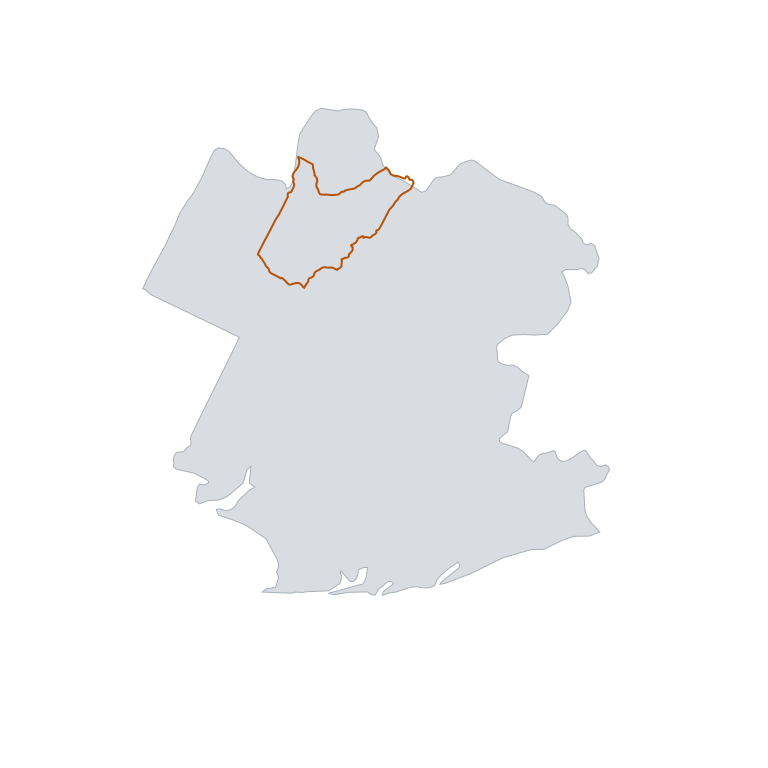 Ivindo, Ogooué-Ivindo, Gabon shown in context, rotated 296°
{"feature_id": "22940354B21315660080276", "entity_name": "Ivindo", "entity_type": "district", "adm_level": 2, "iso_a3": "GAB", "parent_name": "Gabon", "parent_adm1": "Ogooué-Ivindo", "projection": "mercator", "projection_center": [13.138, 0.623], "detail": "fine", "context": "in_parent", "style": "outline", "palette": "amber", "viewbox_px": 768, "rotation_deg": 296, "n_neighbors": 0, "source": "geoboundaries", "source_scale": "gbopen_adm2", "svg_char_len": 7992}
<svg xmlns="http://www.w3.org/2000/svg" viewBox="0 0 768 768"><g transform="rotate(296 384 384)"><path d="M525.5,136.9L525.1,142.7L518.6,157.0L515.4,168.0L514.7,179.7L516.5,189.1L519.7,195.8L521.7,203.1L520.1,208.2L516.9,210.4L519.1,212.9L523.9,213.5L532.1,211.3L544.7,207.4L561.1,201.8L571.9,198.7L589.8,200.6L599.4,202.8L604.2,206.7L609.5,223.5L612.1,226.1L616.5,233.2L620.1,241.8L620.8,246.1L620.4,249.3L616.8,253.9L612.7,260.7L611.3,264.8L607.9,267.9L603.5,270.9L591.6,272.1L589.8,273.9L586.4,281.2L580.1,287.3L577.2,293.1L574.7,300.9L575.2,310.5L574.0,324.3L572.7,333.7L575.8,336.9L590.1,339.2L592.9,341.1L596.6,346.9L601.5,352.3L614.6,355.7L619.6,359.9L623.7,364.5L624.3,368.2L621.3,383.2L618.5,397.6L619.6,408.6L620.7,419.1L622.2,434.3L621.5,443.6L617.8,449.3L617.8,453.8L619.5,459.2L616.2,474.0L614.1,476.5L608.3,479.3L605.2,483.3L604.2,489.5L601.1,498.1L597.9,501.3L597.9,505.3L601.0,508.2L600.9,512.6L595.1,518.0L591.6,522.0L583.8,524.0L574.9,521.9L572.8,518.9L575.0,514.3L574.2,510.6L571.1,506.8L566.4,496.8L562.2,494.7L559.8,498.8L552.6,506.4L539.8,516.1L530.9,516.9L514.3,513.9L500.5,509.2L493.9,497.8L489.9,488.4L484.0,477.5L477.3,472.3L470.2,469.0L467.1,468.8L456.9,474.8L453.9,477.2L453.9,482.4L454.9,487.1L456.4,489.4L457.8,492.5L457.5,497.2L455.7,503.6L455.1,510.6L423.3,517.5L417.8,515.0L413.8,511.9L409.0,512.4L395.2,516.0L390.2,513.5L385.1,511.7L382.8,513.2L382.6,516.2L385.0,532.7L384.2,539.0L381.1,547.2L379.5,552.8L387.9,554.4L391.0,557.0L393.9,561.1L398.0,565.0L398.3,567.4L393.7,571.7L392.1,577.0L394.3,581.2L400.0,585.5L408.4,590.0L412.5,593.0L412.1,595.7L408.2,601.4L406.7,606.3L404.1,610.7L404.6,614.8L408.4,618.5L408.0,621.9L405.4,624.5L400.2,623.9L395.8,624.3L391.8,623.2L379.4,610.2L376.7,609.8L358.7,619.8L354.3,624.0L350.6,629.9L345.6,642.8L337.4,635.3L330.4,621.6L322.2,613.2L304.9,599.6L300.3,589.6L280.5,567.5L252.1,545.5L231.6,526.3L228.5,522.1L231.9,522.6L251.8,532.1L254.5,531.1L256.7,528.9L248.2,523.9L240.0,520.0L232.3,517.5L224.7,517.8L220.4,513.7L217.6,507.6L216.2,502.3L212.8,496.8L201.9,485.5L199.2,481.1L193.3,475.1L196.9,474.3L208.6,480.0L209.6,477.7L208.6,474.4L196.9,469.0L190.5,468.6L189.0,464.8L189.9,460.4L181.5,443.9L172.8,431.5L171.4,425.7L194.9,452.5L198.1,453.0L202.2,452.7L211.9,449.7L210.1,446.1L205.7,442.3L201.4,444.1L195.9,444.4L193.0,442.8L191.7,440.0L197.2,427.0L194.9,427.6L193.1,430.0L190.1,431.1L185.4,431.8L173.8,424.8L163.6,405.9L160.9,402.0L158.1,395.5L155.5,392.8L143.7,365.9L148.2,367.9L153.6,375.7L164.0,374.1L168.0,369.6L171.6,369.7L175.2,368.7L179.8,364.5L193.1,346.0L196.6,321.6L195.5,307.1L193.5,292.8L197.9,288.2L199.7,291.2L200.5,296.3L202.6,300.1L207.4,303.5L216.2,304.4L229.8,309.7L234.7,313.1L236.0,306.3L251.7,300.6L247.0,298.5L233.0,300.8L213.9,292.2L207.5,286.7L201.6,276.3L195.4,270.8L195.9,266.0L209.6,261.5L213.2,262.0L214.7,267.3L218.4,269.5L219.8,268.8L220.4,264.2L220.5,251.9L216.3,234.3L217.6,230.9L221.3,229.7L224.7,227.4L227.0,226.9L231.7,227.4L234.0,231.4L235.3,233.7L240.0,234.7L243.8,236.9L247.2,236.3L249.9,233.8L254.0,233.3L266.5,233.3L277.8,233.3L300.4,233.4L323.0,233.5L345.6,233.6L362.7,233.6L362.6,223.5L362.5,208.0L362.4,189.6L362.3,172.0L362.2,155.7L362.1,136.4L363.0,130.9L364.2,128.6L363.8,125.4L381.3,125.2L412.9,126.6L426.8,126.4L430.7,126.7L448.0,125.7L462.0,127.0L468.0,128.3L473.3,129.0L490.1,129.8L512.0,128.8L519.5,129.0L523.6,131.7L525.5,136.9Z" fill="#d9dde1" stroke="#a8b0b8" stroke-width="1"/><path d="M447.4,213.6L447.1,213.6L445.9,213.8L445.0,214.0L444.9,214.7L444.7,215.7L444.3,216.7L443.4,217.6L443.1,218.1L443.1,218.8L443.0,219.4L442.3,220.2L441.7,221.0L441.3,221.9L440.7,222.9L440.2,223.8L439.7,224.5L439.2,225.0L438.5,225.7L438.0,226.7L437.8,227.6L437.2,229.2L436.5,230.3L435.6,231.0L435.0,231.7L434.3,232.8L434.1,233.7L434.0,237.2L434.0,239.6L433.9,241.0L433.8,242.5L433.7,244.7L434.2,245.1L434.6,245.5L434.5,246.3L434.3,247.3L433.9,248.3L433.4,249.9L433.0,251.0L432.4,252.3L432.0,253.7L431.8,255.1L432.1,256.0L432.8,257.1L433.6,257.7L434.9,259.1L435.9,260.3L436.7,261.6L437.4,263.2L437.4,264.5L437.1,265.7L436.8,266.6L436.3,267.6L435.7,268.7L435.5,270.1L437.8,270.2L439.6,270.3L440.6,270.7L442.5,270.9L443.2,270.9L444.3,270.4L444.9,270.3L446.0,270.4L447.0,271.1L447.7,271.9L448.8,272.7L450.1,273.3L451.3,273.3L452.0,273.1L453.0,272.9L454.1,273.0L455.5,273.6L456.8,274.5L457.7,275.4L458.8,276.1L459.9,276.5L460.9,277.2L461.6,277.7L462.5,278.7L463.1,279.8L463.4,280.8L464.1,282.7L464.8,284.2L465.6,285.5L465.8,286.3L466.0,288.2L466.1,291.9L467.1,292.1L467.9,292.9L468.8,293.3L470.0,294.0L471.1,294.2L472.3,293.7L473.0,293.3L473.9,292.9L474.9,292.8L476.0,292.2L476.8,291.6L477.4,291.2L478.2,291.8L478.7,292.4L479.7,293.1L480.5,293.8L481.2,295.0L481.8,295.8L482.7,296.3L483.4,296.3L484.1,296.0L484.7,295.7L485.4,295.7L485.8,296.0L486.5,296.2L487.7,296.5L489.1,296.9L490.0,297.1L490.9,297.0L491.6,296.5L492.4,296.3L493.0,296.1L493.3,295.2L493.4,294.5L493.8,294.1L494.5,293.6L495.3,294.1L495.4,294.7L496.0,295.0L497.0,295.5L498.0,296.2L499.1,296.7L500.6,296.9L502.2,297.0L502.8,296.7L503.6,296.7L504.4,297.1L504.9,297.9L505.4,298.5L506.4,298.9L507.0,299.3L507.5,300.1L507.5,300.8L507.1,301.1L506.5,301.3L506.8,301.9L507.5,302.2L508.0,302.8L508.4,303.9L508.7,305.4L508.8,306.3L509.4,307.2L510.4,308.0L511.2,308.3L512.1,308.5L512.9,309.0L514.2,309.8L515.0,310.3L515.8,310.7L517.0,310.8L517.6,310.4L518.0,309.9L518.6,309.8L519.1,310.2L519.6,311.0L520.2,311.4L521.8,311.7L523.3,311.8L524.0,311.9L525.0,311.9L530.7,312.1L536.0,312.2L543.0,312.4L543.9,312.6L544.9,313.0L546.7,313.5L547.9,313.9L549.6,314.1L552.4,314.3L553.4,314.6L554.3,315.0L555.7,315.4L556.8,315.5L557.8,315.6L559.1,315.6L559.9,316.0L560.6,316.3L562.0,316.8L563.4,317.6L565.4,319.0L566.4,319.7L567.6,320.5L568.6,321.2L569.3,321.6L570.6,322.1L571.1,322.5L574.0,322.5L577.5,322.5L578.3,321.7L579.0,321.2L579.5,320.6L579.7,320.0L579.6,319.1L579.4,318.8L579.1,318.3L578.9,317.8L579.0,317.1L579.2,316.8L580.0,316.4L580.2,315.6L580.5,315.1L580.8,314.4L580.8,313.7L580.6,313.3L579.8,312.9L578.9,312.8L578.3,313.0L577.9,312.8L577.7,312.5L577.6,312.0L577.4,311.4L577.3,310.7L577.3,309.5L577.3,308.4L577.2,307.4L577.1,306.7L577.0,306.3L576.9,305.5L576.6,304.4L576.3,303.6L576.0,302.9L575.7,301.9L575.5,300.9L575.5,299.9L575.6,298.6L575.7,297.7L576.0,297.2L576.7,296.6L577.4,295.8L577.8,295.1L578.3,294.4L578.7,293.4L579.2,292.1L579.5,291.0L578.2,290.5L576.5,289.8L575.3,288.7L573.8,287.7L571.4,286.1L569.0,284.8L566.7,283.7L563.9,282.9L561.8,282.4L560.7,282.0L560.1,281.1L559.3,279.5L558.3,278.1L557.4,277.3L556.5,276.6L555.1,276.1L553.7,275.6L552.4,275.3L551.5,274.7L550.4,273.7L549.0,273.0L547.9,272.5L546.8,271.8L545.3,269.9L544.8,269.0L542.5,266.1L541.0,264.5L540.3,264.0L539.6,263.6L538.9,263.1L538.6,262.3L537.9,261.5L537.0,261.2L536.0,260.9L534.7,260.2L534.0,259.5L532.8,257.4L531.3,255.1L530.6,253.5L529.8,251.4L529.4,250.0L528.7,248.5L528.1,247.7L527.5,245.9L527.0,245.2L526.6,243.9L526.6,243.0L527.2,242.2L528.3,241.0L529.3,240.1L530.1,239.3L530.7,238.3L531.3,237.3L531.8,236.7L532.8,236.2L533.5,235.9L533.7,235.6L534.3,235.4L535.9,235.3L537.3,235.1L538.6,234.0L539.6,233.2L540.2,232.2L540.8,231.0L541.0,230.4L541.4,229.9L542.3,229.6L543.2,228.9L544.0,228.2L545.0,227.4L546.3,226.1L547.5,225.3L548.6,224.6L549.7,224.1L550.3,223.3L550.2,222.0L550.3,220.7L550.3,219.0L550.4,217.0L550.6,215.2L550.7,212.5L550.6,209.8L550.6,207.4L550.3,207.4L549.3,208.1L548.4,209.1L547.6,209.9L546.4,210.6L544.2,211.2L542.7,211.5L541.2,211.6L539.7,211.4L538.6,211.3L537.1,210.8L535.9,210.6L535.0,210.4L533.8,210.2L532.7,210.2L531.1,210.5L530.1,210.9L529.6,211.6L529.3,212.2L528.7,213.0L528.1,213.3L527.2,213.4L526.5,213.5L525.9,213.8L525.0,214.7L524.5,215.4L523.7,215.9L522.7,216.3L521.7,216.4L519.3,216.5L517.8,216.5L515.8,216.3L515.2,215.9L514.9,215.4L514.7,214.9L514.1,214.5L513.6,214.1L512.0,214.3L511.1,214.9L510.4,215.5L508.7,215.4L501.8,215.5L494.7,215.3L490.3,215.3L486.9,214.8L483.5,214.5L471.5,214.2L465.3,214.1L462.9,213.9L457.6,213.8L452.0,213.7L447.4,213.6Z" fill="none" stroke="#b45309" stroke-width="2"/></g></svg>